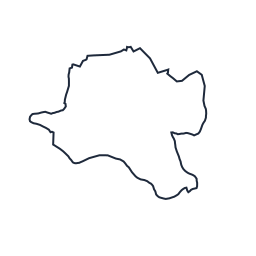 Ini, Akwa Ibom, Nigeria, rotated 158°
{"feature_id": "59680162B87442417129591", "entity_name": "Ini", "entity_type": "district", "adm_level": 2, "iso_a3": "NGA", "parent_name": "Nigeria", "parent_adm1": "Akwa Ibom", "projection": "robinson", "projection_center": [7.758, 5.403], "detail": "fine", "context": "isolated", "style": "outline", "palette": "slate", "viewbox_px": 256, "rotation_deg": 158, "n_neighbors": 0, "source": "geoboundaries", "source_scale": "gbopen_adm2", "svg_char_len": 2516}
<svg xmlns="http://www.w3.org/2000/svg" viewBox="0 0 256 256"><g transform="rotate(158 128 128)"><path d="M155.8,207.6L157.3,205.0L159.8,205.1L161.7,201.6L163.1,199.7L164.0,197.7L164.3,196.0L165.4,193.1L167.0,189.2L168.2,187.7L171.1,184.1L172.8,182.2L175.9,177.9L176.9,175.8L177.7,175.0L176.9,173.8L177.6,171.3L180.0,169.7L181.8,168.9L183.6,169.3L186.4,169.2L188.2,169.6L188.6,169.6L190.0,169.6L190.9,169.7L192.1,170.0L193.9,170.0L195.3,171.2L196.8,172.4L198.6,174.0L200.3,174.4L202.5,174.8L205.7,175.1L207.1,175.5L209.6,176.3L211.4,176.7L213.2,175.9L214.6,175.1L216.0,173.0L216.3,171.0L215.6,169.8L213.8,167.8L211.3,166.2L208.4,163.8L206.3,161.3L204.1,158.9L202.0,156.1L201.4,153.1L199.9,153.0L198.7,151.7L203.6,140.7L198.9,134.2L198.5,133.5L196.8,130.6L195.7,128.2L193.9,124.1L193.5,121.7L192.7,119.7L192.0,116.8L190.9,115.6L189.5,114.8L187.7,114.4L186.3,114.0L184.5,114.1L182.7,114.1L175.3,114.6L164.6,113.4L157.1,110.3L150.7,104.2L147.1,101.8L144.6,98.6L143.8,96.2L143.1,93.3L142.0,91.3L141.6,89.3L140.9,85.6L139.8,82.4L139.1,80.4L138.0,78.4L136.6,76.8L135.5,75.6L132.3,73.6L130.1,71.5L128.7,69.1L127.6,67.9L126.9,66.3L126.5,64.7L126.8,61.4L126.4,59.0L126.8,55.8L126.0,53.7L125.0,52.1L123.5,50.9L121.4,49.3L119.6,48.1L117.8,47.7L116.0,47.3L112.4,47.1L111.1,47.0L110.7,47.0L107.9,47.4L106.1,47.8L104.0,49.1L101.5,50.3L100.1,50.7L97.9,51.1L96.2,50.8L96.5,47.9L96.1,45.9L94.3,46.3L92.6,47.1L90.7,47.2L87.0,46.6L85.8,48.0L85.1,49.6L84.4,51.3L84.1,53.3L83.4,55.3L84.1,58.2L85.2,59.8L86.3,61.0L88.1,62.6L89.5,64.2L91.0,66.6L92.0,69.1L92.4,71.5L92.4,73.9L92.2,75.2L91.8,77.2L91.8,80.0L91.5,82.5L91.5,84.5L91.5,86.1L91.5,88.1L91.2,92.2L90.5,94.6L90.1,96.3L89.5,98.3L89.5,101.1L89.8,102.8L89.9,104.8L89.5,107.6L88.1,107.2L86.7,105.6L85.2,104.8L84.2,103.6L82.7,103.2L80.6,102.8L78.5,102.0L76.0,101.7L74.5,100.9L73.5,100.1L72.0,98.9L70.6,97.7L69.5,96.4L66.7,96.5L64.9,96.5L63.5,97.3L62.8,97.7L61.8,98.7L60.7,99.8L59.3,101.4L57.9,103.0L56.4,104.3L55.1,105.2L54.0,105.9L51.9,108.4L51.2,110.0L50.1,112.0L49.1,114.9L48.7,116.5L48.8,119.8L47.8,125.2L46.2,128.3L41.1,138.2L39.7,149.7L42.9,154.8L51.4,154.3L60.3,151.5L65.3,152.9L67.7,157.5L69.4,160.3L71.2,163.7L70.2,164.4L69.7,165.4L68.8,167.1L69.3,167.1L79.7,168.0L81.5,184.3L87.0,197.5L94.2,196.9L95.1,202.2L95.4,202.2L95.9,202.3L97.1,202.7L97.9,203.0L98.5,203.5L99.3,202.2L100.5,200.6L102.4,202.3L105.9,201.7L117.8,202.9L132.7,208.2L138.5,210.1L140.7,207.2L141.6,207.0L144.6,207.1L149.6,203.0L154.9,207.5L155.8,207.6Z" fill="none" stroke="#1e293b" stroke-width="2"/></g></svg>